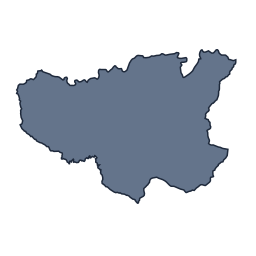 outline of Gachantivá, Boyacá, Colombia, rotated 88°
{"feature_id": "7082276B31278736164572", "entity_name": "Gachantivá", "entity_type": "district", "adm_level": 2, "iso_a3": "COL", "parent_name": "Colombia", "parent_adm1": "Boyacá", "projection": "orthographic", "projection_center": [-73.547, 5.741], "detail": "fine", "context": "isolated", "style": "filled", "palette": "slate", "viewbox_px": 256, "rotation_deg": 88, "n_neighbors": 0, "source": "geoboundaries", "source_scale": "gbopen_adm2", "svg_char_len": 5716}
<svg xmlns="http://www.w3.org/2000/svg" viewBox="0 0 256 256"><g transform="rotate(88 128 128)"><path d="M192.7,64.0L190.3,61.7L189.4,60.2L187.3,57.5L187.2,56.0L188.1,53.3L188.1,52.5L185.0,48.4L183.7,47.5L181.0,47.4L180.2,47.1L179.7,44.6L179.2,44.2L178.1,44.7L175.5,44.8L174.0,44.6L173.6,44.2L173.2,42.8L171.8,42.3L170.2,41.0L168.6,39.1L167.8,39.1L167.3,38.7L167.0,38.0L165.4,36.1L165.1,34.3L163.2,33.5L161.4,31.4L159.0,29.8L152.8,28.9L151.7,34.1L150.5,36.6L150.2,38.2L147.9,43.5L148.0,44.9L147.8,45.8L147.3,46.9L146.3,48.0L144.2,47.2L143.0,47.1L140.7,48.0L138.6,48.5L135.2,48.5L133.6,49.1L133.2,49.0L132.9,48.7L131.7,46.2L130.9,45.5L129.5,45.3L128.2,45.9L125.2,45.9L124.3,46.9L122.4,47.6L122.1,48.4L122.0,49.3L121.2,49.9L121.1,50.6L118.6,49.9L117.1,50.0L116.6,49.9L115.0,48.5L114.2,47.2L113.7,47.0L113.5,46.5L113.2,46.4L111.9,46.4L111.2,46.7L110.6,46.7L106.7,43.4L106.1,42.4L106.1,41.8L105.3,41.2L105.1,40.7L104.5,40.4L103.1,38.7L102.9,38.2L98.7,36.5L96.2,36.2L94.6,36.2L93.3,35.5L92.2,35.3L87.6,35.1L86.5,34.6L85.8,34.8L84.9,34.8L82.4,31.7L82.0,30.3L81.1,29.1L80.5,28.7L80.0,26.9L78.2,25.5L77.8,24.6L77.5,24.4L75.8,24.5L74.6,23.9L73.3,22.4L72.8,22.0L71.9,21.9L70.4,20.3L69.1,20.1L68.2,19.7L67.8,18.6L67.5,18.4L66.1,18.0L63.6,17.9L64.3,20.1L64.2,20.9L63.2,23.6L63.0,24.8L62.2,25.3L60.7,25.7L58.7,27.8L58.5,28.4L58.4,31.9L57.7,32.9L56.3,34.3L53.8,35.1L53.0,35.8L52.9,36.2L53.0,37.1L55.6,39.5L56.0,40.2L56.1,40.9L55.9,42.0L53.7,44.9L54.8,47.8L54.9,49.5L54.0,50.5L52.5,51.3L52.6,51.8L53.0,52.4L54.3,53.2L55.9,53.8L57.4,54.0L58.9,53.8L60.9,52.9L61.4,52.9L61.5,54.7L62.4,55.0L63.3,55.1L64.6,55.6L66.0,56.5L69.7,59.4L73.2,61.4L74.7,63.0L76.1,64.8L79.0,69.4L79.3,70.0L79.4,70.8L79.0,71.3L76.8,71.9L74.6,73.1L69.5,73.6L68.9,73.5L67.3,72.2L66.9,72.0L65.2,73.1L64.7,73.0L64.2,72.0L64.2,69.8L63.8,67.7L63.4,67.2L62.7,66.9L60.8,66.8L60.2,67.1L59.7,67.6L60.3,72.2L60.2,74.1L59.5,75.9L59.0,76.2L58.5,76.1L55.4,74.6L55.1,74.6L54.6,75.0L54.3,76.8L55.4,79.0L55.8,83.6L56.5,87.6L56.4,88.3L55.1,90.6L55.0,91.7L56.2,93.5L56.4,94.2L56.5,97.1L57.1,99.8L56.8,101.9L58.1,104.3L58.4,107.7L58.1,110.0L56.9,110.4L56.4,110.9L55.8,115.5L56.3,116.9L58.4,119.1L59.2,121.2L60.4,122.4L63.1,124.2L69.9,126.9L71.4,128.7L71.7,129.9L71.4,131.0L70.7,131.8L68.8,132.3L68.4,132.6L68.5,134.5L68.3,135.8L66.5,137.8L65.6,138.2L65.4,139.1L66.5,140.4L68.4,141.9L69.4,143.4L70.7,144.8L71.3,146.0L70.6,146.9L69.0,147.9L68.8,148.4L68.6,153.3L68.4,153.8L68.4,154.3L68.8,154.9L69.7,155.4L71.8,155.6L73.0,155.2L74.8,155.0L76.6,155.6L77.7,156.4L78.0,156.8L78.0,157.3L77.0,158.8L76.7,159.8L77.3,163.8L78.8,166.0L80.9,167.2L80.6,167.8L78.6,169.4L78.4,169.9L78.5,170.6L80.0,173.2L80.3,175.1L80.0,175.6L78.5,177.1L78.3,177.8L78.6,179.2L79.1,179.6L80.1,179.6L81.2,178.9L82.1,178.7L82.4,178.8L83.3,179.7L83.6,180.7L83.4,184.6L82.2,185.5L81.2,186.8L79.9,187.3L78.7,187.6L76.3,186.9L75.2,187.5L75.1,188.1L75.5,189.4L76.3,190.2L77.3,190.3L77.6,190.8L77.7,191.4L74.8,195.0L74.3,196.5L74.1,199.2L73.3,201.7L72.9,202.5L71.5,204.1L69.0,210.7L68.4,211.7L67.7,211.8L67.1,212.3L67.7,213.2L67.9,216.1L70.4,216.7L71.0,217.8L72.0,217.7L73.7,218.1L76.3,220.7L76.1,221.6L75.6,222.4L75.5,223.9L76.4,225.2L76.9,227.6L78.9,228.0L80.0,229.6L80.6,231.1L80.4,234.6L81.6,236.1L84.8,237.0L86.1,237.9L86.8,237.4L87.7,237.1L89.5,238.1L89.8,237.8L89.9,237.1L90.5,236.7L92.5,235.9L94.7,235.4L96.1,235.7L97.4,234.4L99.0,235.0L100.0,235.1L103.4,234.4L105.2,233.6L106.6,234.7L108.7,234.6L109.6,234.8L113.7,234.4L117.0,233.0L119.8,233.7L120.5,234.3L120.8,235.5L121.0,235.7L124.7,234.1L125.4,233.6L126.8,232.1L127.4,231.8L127.9,230.3L128.6,230.1L129.7,229.3L131.3,226.8L133.0,225.5L133.2,225.3L132.9,224.7L133.0,224.2L134.6,223.0L135.9,221.8L136.1,221.5L136.2,220.5L137.7,219.8L139.5,216.6L140.0,214.7L141.2,213.0L141.6,212.0L143.8,209.7L143.8,208.3L144.4,207.8L147.1,206.8L148.1,206.1L148.2,204.0L148.8,202.9L148.8,198.0L150.0,196.7L150.6,194.8L151.1,194.6L152.1,194.5L153.0,194.9L154.9,195.0L155.6,195.6L156.5,195.5L156.7,195.2L156.7,194.4L156.3,193.4L156.8,192.9L157.2,191.4L158.3,190.4L159.9,189.9L160.4,188.9L161.7,188.0L161.6,187.7L160.3,187.8L159.2,187.4L159.1,186.9L159.8,186.5L160.0,185.7L158.7,185.4L157.2,183.8L157.5,183.5L159.9,183.7L160.3,183.5L160.4,183.3L160.0,182.5L160.8,180.5L160.6,178.7L158.8,177.6L158.4,176.9L158.7,176.2L158.7,175.5L159.3,175.2L159.0,174.3L159.5,173.8L159.8,172.9L159.1,172.2L157.4,171.8L156.3,170.3L157.0,169.5L157.1,168.8L156.6,168.5L156.1,168.6L154.6,167.5L154.7,167.1L155.3,166.9L156.3,167.4L156.6,166.9L156.5,166.2L155.9,165.8L155.2,164.5L155.8,163.4L155.8,162.6L154.5,162.2L154.8,161.6L156.6,160.1L157.2,160.5L157.7,161.6L158.7,161.2L160.3,161.4L161.2,161.3L161.6,160.5L162.2,159.9L163.0,160.0L164.3,159.8L163.8,159.1L163.9,157.8L165.3,159.2L166.5,159.5L167.2,159.1L167.8,158.1L168.5,157.6L168.6,156.7L168.9,156.5L169.3,156.6L169.7,157.0L170.8,156.7L171.8,157.0L173.4,156.3L174.1,155.5L176.5,155.0L178.5,155.0L180.4,155.9L182.4,155.8L182.9,155.4L183.2,154.5L183.7,154.3L184.1,153.5L185.8,152.3L186.2,150.6L188.8,148.0L191.5,144.1L192.2,142.4L191.9,141.1L192.7,139.2L192.7,138.5L192.5,138.2L193.6,136.6L194.0,133.8L195.2,131.8L195.2,130.9L196.2,129.1L197.2,128.4L199.3,125.6L199.4,124.8L199.9,123.5L200.8,123.3L201.2,123.0L201.5,122.6L201.9,122.5L203.4,121.2L203.5,120.7L202.9,120.1L202.0,120.2L200.6,119.0L199.2,118.9L198.5,118.5L196.7,115.0L195.7,114.1L193.9,113.8L191.1,114.4L189.0,114.3L187.2,112.2L186.0,111.1L185.5,110.3L184.0,109.3L183.3,108.5L181.4,108.1L180.1,107.5L179.4,106.7L178.8,105.2L178.2,101.0L179.3,99.0L180.8,95.1L182.0,93.1L183.3,91.5L186.7,88.4L187.7,87.0L187.9,84.0L190.9,77.6L191.8,74.5L192.0,74.2L192.6,73.9L194.4,72.4L194.5,71.8L193.5,69.2L193.2,67.4L192.3,65.8L192.7,64.0Z" fill="#64748b" stroke="#1e293b" stroke-width="1.5"/></g></svg>